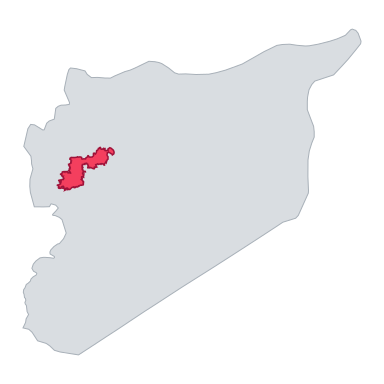 location of Hama, Hamah, Syria
{"feature_id": "27442178B84195179221003", "entity_name": "Hama", "entity_type": "district", "adm_level": 2, "iso_a3": "SYR", "parent_name": "Syria", "parent_adm1": "Hamah", "projection": "orthographic", "projection_center": [36.877, 35.227], "detail": "fine", "context": "in_parent", "style": "filled", "palette": "rose", "viewbox_px": 384, "rotation_deg": 0, "n_neighbors": 0, "source": "geoboundaries", "source_scale": "gbopen_adm2", "svg_char_len": 7284}
<svg xmlns="http://www.w3.org/2000/svg" viewBox="0 0 384 384"><path d="M30.7,124.4L34.6,124.9L42.8,130.0L44.2,129.8L46.7,123.2L49.2,121.0L54.3,119.1L55.8,108.3L58.2,106.3L61.0,105.2L65.4,105.0L69.3,104.4L69.5,102.5L64.2,90.1L64.7,86.9L67.3,74.5L68.9,69.6L70.5,68.0L76.5,68.7L85.0,70.9L87.2,74.4L91.4,77.6L97.6,77.4L104.8,78.0L110.4,78.1L114.8,75.9L124.9,71.6L129.9,70.2L134.4,68.3L148.9,61.3L154.8,61.7L158.8,62.5L161.8,63.6L168.8,68.1L174.6,72.8L178.6,74.1L185.7,73.9L196.1,74.5L208.8,74.2L216.2,72.7L225.6,70.1L242.3,64.0L264.1,51.6L276.9,45.4L282.4,44.5L289.7,44.2L297.1,45.3L305.4,46.0L309.2,45.8L318.1,44.2L329.6,41.3L336.8,39.0L345.4,35.3L350.6,29.8L352.3,29.1L354.6,30.0L355.7,30.3L358.1,33.2L360.9,40.8L361.0,41.6L360.6,43.8L355.3,50.5L347.9,59.5L342.6,65.3L333.6,74.9L326.6,77.2L314.8,81.1L311.8,84.5L309.0,89.8L307.6,96.9L307.3,101.4L307.3,109.7L310.5,118.2L313.6,126.3L314.2,131.7L314.2,137.1L311.8,143.0L309.3,151.0L308.0,159.9L307.9,176.7L308.5,190.8L308.3,193.2L303.7,203.4L298.3,215.4L295.7,218.2L282.9,222.2L269.1,231.3L253.6,241.4L239.4,250.6L224.5,260.2L209.0,270.1L197.9,277.1L183.0,286.5L169.3,295.4L155.5,304.4L144.9,311.2L128.8,321.9L119.4,328.2L105.4,337.3L93.1,345.4L78.5,354.9L60.2,352.0L54.4,350.3L49.7,345.8L46.2,343.4L37.6,340.8L32.1,332.3L28.8,329.3L23.0,327.9L25.6,322.4L26.1,318.9L28.6,314.5L27.1,311.6L26.4,305.5L25.3,304.0L24.9,302.4L25.8,300.5L25.5,298.5L24.5,297.6L24.1,294.5L23.3,292.3L23.7,289.6L25.0,287.8L26.3,284.4L27.9,283.4L30.3,281.2L31.0,279.0L33.2,276.8L36.1,275.1L36.8,273.6L36.4,272.8L33.5,271.2L31.9,268.3L33.3,264.2L34.3,262.9L36.0,260.9L40.0,257.9L43.0,257.4L45.7,257.4L50.1,257.7L53.6,258.3L54.5,257.5L54.4,256.5L50.1,254.0L49.9,252.0L50.9,249.8L54.0,246.5L57.6,244.0L59.4,243.6L63.6,238.7L66.2,233.1L62.0,219.6L59.4,217.4L55.3,215.6L52.8,215.3L52.6,214.4L55.9,211.0L58.3,208.0L55.7,205.1L51.1,203.8L49.4,206.7L43.5,206.9L34.3,206.8L30.4,192.5L29.8,186.4L30.0,179.2L32.9,168.8L31.6,163.9L31.5,160.7L30.9,156.2L23.8,146.4L27.9,128.7L30.7,124.4Z" fill="#d9dde1" stroke="#a8b0b8" stroke-width="1"/><path d="M98.4,148.4L98.3,148.6L98.2,149.2L97.9,149.8L97.5,150.2L97.1,150.5L96.7,150.5L96.5,151.0L96.5,152.0L96.2,152.7L95.9,153.2L95.5,154.0L94.4,153.5L94.2,153.1L93.5,153.3L93.4,154.0L93.5,154.3L93.4,154.7L93.6,155.0L93.5,155.9L92.7,156.5L92.2,157.0L90.8,157.1L90.1,157.2L89.9,157.0L89.3,157.0L89.0,156.9L88.6,156.0L88.3,155.7L88.1,155.7L87.9,155.7L87.8,155.9L87.5,156.9L86.4,157.5L85.8,158.0L85.7,158.5L85.7,158.8L85.4,159.0L84.4,158.8L83.7,158.8L82.6,159.1L81.8,158.9L81.8,158.3L81.7,157.6L81.6,157.4L81.2,157.3L80.8,157.0L79.7,156.9L78.4,157.1L77.4,156.8L77.1,157.2L74.8,157.5L73.2,157.5L72.2,157.5L71.2,157.4L70.9,157.8L70.2,158.0L70.1,158.3L69.9,158.7L69.9,159.2L70.7,159.1L71.0,161.0L71.4,161.1L71.2,161.4L71.0,161.5L70.8,161.8L70.9,162.6L71.1,162.7L71.2,162.8L71.0,163.1L70.6,163.0L70.5,163.4L70.7,163.5L70.3,163.4L70.0,163.7L69.7,163.8L69.7,164.0L69.3,164.4L69.1,164.3L68.6,164.3L68.6,164.6L68.8,164.6L68.8,165.1L69.1,165.3L69.2,166.0L69.6,166.1L69.5,166.4L69.6,166.9L69.8,166.8L69.8,167.1L70.2,167.4L69.9,168.2L70.0,168.5L69.7,168.6L70.0,168.9L69.8,169.0L69.4,169.1L69.4,169.6L69.2,169.8L69.3,170.1L69.0,170.2L69.0,170.4L68.7,170.5L69.5,171.4L70.4,172.3L70.3,172.5L70.5,173.1L70.2,173.1L69.4,172.7L68.8,172.9L68.6,172.9L68.5,172.7L68.4,172.6L68.0,172.7L68.0,172.2L67.8,172.0L67.3,172.0L67.3,171.7L66.5,171.8L66.3,171.5L66.0,171.4L65.6,171.6L65.4,171.9L65.2,171.9L64.8,171.7L64.5,171.6L64.5,171.8L64.4,171.7L63.8,171.9L63.6,171.9L63.3,171.7L63.0,171.7L62.3,172.0L62.3,172.7L62.1,172.8L61.8,173.5L61.6,173.6L61.2,173.7L60.9,174.0L60.6,174.1L60.6,174.3L60.8,174.3L61.3,174.4L61.7,174.2L61.9,174.7L61.8,175.2L61.6,175.6L61.9,175.9L62.8,176.1L62.4,176.3L62.4,176.5L62.7,176.8L62.9,176.8L63.2,177.0L63.5,177.9L63.7,178.2L63.9,178.3L63.4,179.5L62.7,179.3L62.2,179.4L62.1,179.7L61.4,180.2L60.9,180.2L60.8,179.9L60.5,179.9L60.0,180.1L59.5,180.1L58.8,180.3L58.7,180.5L58.8,180.7L59.4,180.7L59.9,181.0L59.8,181.5L59.6,181.7L59.5,182.0L60.2,182.3L61.0,181.9L60.9,182.6L60.7,182.6L60.3,182.9L60.4,183.3L60.3,183.7L60.5,183.7L60.5,184.0L59.5,184.2L59.2,184.4L59.1,184.6L58.7,185.0L58.4,184.9L58.1,184.9L58.1,185.1L57.4,185.2L57.4,185.4L57.8,185.4L58.4,185.9L58.5,186.2L58.7,186.3L58.8,186.5L59.0,187.0L58.5,187.2L58.5,187.5L58.4,187.6L58.5,188.0L58.9,188.3L60.1,188.4L60.7,188.3L61.2,188.1L61.1,187.8L61.2,187.6L61.1,187.2L61.3,187.0L61.9,186.7L62.2,186.4L63.2,186.2L63.4,186.5L63.6,186.6L63.8,187.1L62.9,187.7L62.8,188.2L64.0,188.2L64.2,188.8L64.6,189.0L64.6,189.7L64.8,189.8L65.0,190.0L64.9,190.2L65.5,189.9L65.7,189.6L65.8,189.0L65.7,188.6L65.7,188.4L66.4,188.3L66.4,188.2L67.0,188.0L67.4,188.1L67.4,188.3L67.5,188.3L67.5,188.6L67.6,188.9L67.2,189.0L67.3,189.5L67.4,189.4L67.7,189.4L67.7,189.2L68.5,189.1L68.7,189.5L68.9,189.6L70.0,189.4L70.3,188.9L70.6,188.8L71.8,187.5L72.2,187.3L72.8,187.4L73.2,187.2L73.4,186.8L73.6,186.8L74.2,187.0L74.2,187.4L74.3,187.7L74.6,187.6L74.6,187.2L74.8,187.1L75.1,187.2L75.1,187.5L75.5,187.5L75.7,187.3L75.9,186.7L76.1,186.6L76.7,186.6L76.9,186.8L77.3,186.8L77.3,187.0L77.5,187.0L78.4,186.5L78.3,186.1L78.5,185.9L78.8,186.1L79.1,186.1L79.3,186.0L80.2,185.2L80.5,185.3L81.2,185.1L81.3,185.3L82.1,185.2L82.8,184.8L83.3,184.8L83.4,184.0L83.4,183.6L83.1,183.4L83.1,183.2L83.4,182.9L83.3,182.3L83.3,182.1L83.2,182.0L83.2,181.9L83.0,181.5L83.3,181.5L82.2,180.0L81.7,179.9L81.7,179.6L81.4,179.4L81.6,179.3L81.6,178.9L82.1,178.8L82.3,178.7L81.9,177.9L81.6,177.9L81.5,177.0L81.6,176.8L82.3,176.7L83.6,177.2L83.4,176.0L83.3,175.7L83.6,175.6L83.6,175.0L83.8,174.9L83.7,174.5L83.9,174.0L83.3,174.0L83.0,174.2L82.7,174.0L82.5,173.1L83.1,172.6L83.1,172.2L83.7,172.0L85.4,171.9L85.3,171.4L84.4,171.4L84.1,171.5L84.1,171.3L83.2,171.4L83.0,169.9L82.9,169.8L82.4,169.8L82.1,169.1L82.3,168.8L82.6,168.2L82.3,168.3L82.1,167.3L82.4,166.7L82.1,166.5L82.0,165.9L82.1,165.5L82.4,165.6L82.3,165.1L82.4,164.5L85.0,164.4L85.0,163.9L84.6,163.9L84.5,163.6L86.6,163.2L86.8,163.3L86.9,164.0L87.0,164.2L87.7,164.2L87.9,165.3L88.1,165.3L88.5,166.5L88.2,166.5L88.3,166.9L87.9,167.0L87.7,167.2L87.8,167.8L88.9,167.7L89.0,167.7L89.1,167.9L90.2,167.8L90.1,167.5L90.6,167.5L91.1,167.6L92.1,168.2L93.3,168.7L93.7,168.7L94.2,168.8L94.4,168.6L94.6,167.9L94.5,167.6L94.3,167.5L94.2,167.3L94.4,167.2L94.6,167.2L94.8,167.0L95.3,167.1L95.6,167.3L96.2,167.2L96.8,167.0L96.3,166.6L95.7,164.6L96.6,164.5L96.8,164.6L96.9,164.2L97.6,163.8L98.0,164.0L98.4,164.4L98.7,164.2L99.3,164.2L100.5,163.8L100.5,164.0L101.0,164.4L101.2,164.2L101.3,164.1L101.6,163.7L102.4,163.7L102.9,164.1L103.5,164.0L103.7,164.3L103.7,164.7L104.0,165.1L104.5,165.1L104.4,163.8L104.9,163.5L105.9,161.8L106.3,162.6L106.7,161.3L107.0,161.2L106.8,161.2L106.9,160.8L107.3,159.6L108.0,159.2L108.0,156.6L107.2,155.7L107.0,154.4L107.3,153.7L107.5,152.9L107.3,152.8L107.3,152.7L108.9,152.4L110.0,152.9L111.2,153.8L112.0,154.1L112.3,154.4L112.4,154.9L113.7,154.0L114.1,152.8L113.9,151.4L113.3,150.1L111.1,148.2L109.8,147.7L108.0,149.0L108.1,150.7L107.2,150.3L106.1,150.8L105.5,150.3L105.1,150.5L105.0,150.3L104.4,149.8L104.9,149.5L105.0,148.6L103.9,148.8L103.7,148.6L103.8,148.5L103.7,148.3L102.9,148.8L102.8,149.2L102.1,149.2L101.6,149.3L101.1,149.2L100.9,148.7L100.6,147.8L100.3,147.4L99.6,147.6L99.5,148.4L99.3,148.5L98.4,148.4Z" fill="#f43f5e" stroke="#9f1239" stroke-width="1.5"/></svg>